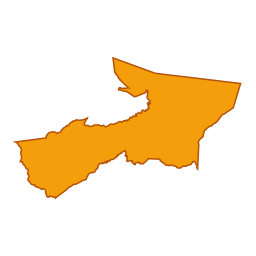 Cruzeiro do Sul, Acre, Brazil
{"feature_id": "56859067B30486301252359", "entity_name": "Cruzeiro do Sul", "entity_type": "district", "adm_level": 2, "iso_a3": "BRA", "parent_name": "Brazil", "parent_adm1": "Acre", "projection": "albers", "projection_center": [-72.817, -7.957], "detail": "fine", "context": "isolated", "style": "filled", "palette": "amber", "viewbox_px": 256, "rotation_deg": 0, "n_neighbors": 0, "source": "geoboundaries", "source_scale": "gbopen_adm2", "svg_char_len": 5909}
<svg xmlns="http://www.w3.org/2000/svg" viewBox="0 0 256 256"><path d="M240.6,83.5L155.2,73.3L113.0,57.9L114.7,71.9L114.8,72.4L115.4,72.8L115.7,73.2L115.7,74.3L116.4,74.7L117.0,74.7L117.6,75.7L117.6,76.1L118.3,77.2L118.1,77.6L118.4,78.0L119.5,79.0L119.8,79.5L120.2,79.7L120.0,80.0L121.0,80.8L128.5,87.9L127.6,87.8L125.9,88.4L124.8,88.2L122.9,88.4L120.5,88.1L120.3,87.7L119.4,87.8L118.8,88.3L118.5,89.3L118.5,89.8L127.0,91.7L134.1,96.6L134.9,96.7L135.4,96.7L145.9,92.5L146.2,91.8L146.2,90.5L146.5,90.2L147.0,90.0L147.4,90.3L147.7,91.0L147.7,93.7L147.1,96.9L147.1,97.8L147.7,98.4L148.0,99.2L148.5,99.7L149.6,100.4L150.0,101.0L150.0,101.6L149.8,101.9L149.2,102.3L148.6,102.3L148.0,102.5L147.6,103.1L148.2,103.3L150.2,103.0L150.4,103.5L149.2,104.4L148.2,104.5L147.8,104.8L148.4,105.8L148.3,106.8L148.5,107.4L148.9,107.9L148.7,108.3L147.9,108.8L147.7,109.6L147.2,109.9L146.1,109.7L145.8,110.1L145.9,110.7L145.7,111.2L145.3,111.3L143.0,110.2L142.5,110.1L141.5,111.5L141.6,112.7L141.3,113.1L139.3,113.0L138.8,112.6L138.4,112.6L137.9,113.4L135.7,114.2L135.3,114.6L136.4,115.3L136.7,115.9L136.2,116.4L135.5,116.2L134.4,116.6L133.2,116.0L132.7,116.2L132.6,117.0L132.3,117.5L131.1,117.7L131.0,117.3L130.5,117.4L129.6,118.1L129.0,119.9L127.6,119.9L127.1,120.2L127.0,120.7L126.8,121.0L126.2,120.9L125.9,120.4L124.6,120.7L124.1,120.6L123.6,120.8L122.9,121.6L121.9,122.2L120.9,121.6L120.3,121.8L119.6,121.6L117.7,122.4L116.8,123.0L115.9,123.3L114.7,123.8L114.4,124.2L112.9,124.3L111.2,124.0L110.7,124.1L107.8,125.9L106.5,126.5L106.0,126.7L105.3,126.7L104.6,126.3L103.8,125.4L103.2,125.3L101.9,125.8L101.3,125.9L100.6,125.7L100.1,125.6L99.4,125.4L99.0,124.9L98.4,124.8L97.8,125.1L96.3,124.9L95.2,125.1L94.2,125.1L93.7,125.2L93.1,126.2L91.2,126.2L89.9,126.6L89.5,126.5L88.3,125.5L87.6,125.3L86.7,125.6L84.3,124.8L84.2,124.1L84.3,123.5L84.7,122.3L85.4,121.9L85.7,120.3L86.2,119.6L87.1,118.8L87.3,118.5L87.4,118.0L86.9,118.3L86.5,118.7L86.0,118.9L85.3,118.9L84.6,119.3L82.1,120.1L80.2,120.1L78.9,120.3L77.9,120.2L76.9,119.8L76.4,119.8L76.0,120.0L75.8,120.4L72.9,121.1L72.7,121.7L72.2,122.1L71.6,122.1L71.1,122.2L70.8,122.6L69.5,123.8L68.3,125.5L67.9,125.9L66.8,125.5L66.4,125.8L65.0,127.4L63.9,127.7L63.4,128.2L63.4,128.7L62.9,128.8L62.1,129.6L61.2,130.5L60.8,131.8L60.4,132.1L57.8,132.8L56.7,133.5L56.2,133.2L55.8,132.5L55.3,132.2L53.6,131.8L52.2,131.8L49.1,132.7L48.2,133.4L47.5,134.6L47.1,134.8L46.6,135.2L46.4,136.3L46.1,136.8L46.2,137.4L46.2,137.9L15.4,142.0L16.3,142.4L17.5,143.3L18.0,143.9L18.7,145.5L20.4,147.0L21.6,150.4L21.0,151.4L20.8,153.0L20.9,154.6L21.5,156.0L21.6,157.1L21.4,159.0L20.6,160.6L20.2,161.7L22.1,161.9L22.6,162.3L22.7,162.8L23.0,163.2L23.1,164.3L23.4,164.8L24.5,165.1L24.9,165.6L25.3,167.0L25.9,168.1L27.6,169.3L28.1,170.2L28.2,171.2L27.7,172.6L27.6,173.6L28.0,174.5L28.7,175.3L29.0,176.1L28.4,178.1L28.0,178.9L28.1,180.5L29.1,181.2L29.4,181.9L29.9,182.3L30.8,183.7L32.3,184.8L34.9,185.0L34.9,185.9L35.3,186.6L36.7,186.9L38.6,187.5L39.3,187.9L40.1,188.2L40.5,188.7L41.9,189.4L43.5,188.7L44.7,189.2L45.5,190.3L45.6,192.4L47.1,196.8L48.1,197.1L48.8,196.9L49.5,196.1L49.9,196.7L50.3,196.4L51.0,196.3L52.3,196.6L53.4,197.3L55.0,196.8L55.5,197.4L55.5,198.1L58.2,195.8L66.8,189.5L67.8,188.2L68.5,187.8L69.1,187.0L69.7,186.9L70.1,186.5L70.9,186.5L71.4,186.3L72.8,184.8L73.4,184.5L75.9,184.2L78.9,182.7L80.6,181.7L81.6,181.3L82.6,180.5L84.2,179.9L85.8,179.7L86.2,179.4L87.1,176.7L87.9,175.7L88.2,174.6L88.8,173.8L89.1,173.5L90.9,172.7L92.7,172.7L93.6,172.3L94.1,172.3L94.7,171.8L96.4,169.2L97.6,168.3L97.9,167.5L98.0,165.7L99.5,163.8L100.4,163.5L101.4,163.5L103.0,162.8L103.1,163.2L103.4,162.8L103.9,162.6L104.2,162.9L104.9,162.0L106.2,162.3L106.2,162.9L106.6,162.9L106.7,162.3L107.3,162.4L107.4,162.0L107.4,161.6L107.1,161.1L107.8,160.8L109.2,161.3L109.2,160.9L110.3,160.5L110.2,160.0L110.6,159.8L111.4,159.5L112.2,159.5L113.8,159.0L114.3,158.3L115.4,157.8L116.1,157.0L116.4,157.1L116.6,156.7L117.2,156.3L117.1,156.0L117.5,155.7L117.3,155.2L117.9,155.1L118.1,155.4L118.8,154.9L118.9,154.0L119.9,153.9L120.4,153.7L120.6,153.3L121.2,153.3L122.2,152.1L123.9,151.5L124.3,151.0L125.0,150.5L125.4,150.9L125.8,152.4L125.9,153.9L125.3,155.3L125.3,155.9L125.7,156.3L126.9,155.8L127.3,156.1L126.9,156.7L127.1,157.9L126.9,158.5L127.0,159.8L126.8,161.0L127.3,161.4L128.1,161.3L129.6,160.8L132.0,160.8L132.4,161.0L132.5,161.5L132.1,162.1L132.0,162.6L132.3,162.8L132.9,162.9L133.3,163.2L133.8,164.0L134.5,164.6L135.0,164.6L135.4,164.3L135.5,163.4L135.8,162.9L136.3,162.5L136.8,162.5L137.2,162.7L138.2,162.5L138.6,162.7L138.9,162.5L139.4,162.5L139.7,162.8L139.7,163.3L139.9,163.7L140.3,163.5L140.7,163.3L141.9,163.9L143.2,163.8L148.6,158.7L157.8,159.1L158.3,159.0L159.0,159.0L159.7,159.7L160.5,160.1L160.6,160.5L160.4,160.9L161.3,161.5L161.7,161.9L162.5,162.2L162.7,162.7L164.0,163.2L164.3,163.7L164.8,164.0L165.5,164.9L165.9,165.2L167.0,165.3L167.7,165.2L168.1,165.4L169.2,165.6L171.3,165.0L172.2,165.1L173.3,165.8L174.7,166.1L175.3,166.1L176.2,166.6L176.8,167.4L177.3,167.8L178.8,168.0L180.6,168.0L181.1,167.6L181.7,166.9L182.0,166.7L182.5,166.7L183.4,166.0L185.6,166.3L186.8,165.7L188.3,165.3L189.2,164.8L190.4,164.7L190.9,164.5L191.7,163.5L192.3,162.5L193.1,161.5L193.6,161.7L194.3,161.4L195.1,161.8L195.3,162.2L195.3,162.6L195.9,163.8L195.9,164.2L197.2,166.4L196.8,167.8L197.6,168.9L198.8,144.0L198.3,142.5L198.4,141.6L198.6,141.2L199.3,140.5L200.3,138.7L201.1,138.2L201.8,137.4L202.3,137.4L203.1,136.4L203.3,135.1L203.2,134.7L203.2,134.3L203.9,133.0L204.3,130.7L206.0,129.6L206.3,129.2L206.4,128.7L207.2,128.1L208.0,127.5L209.0,126.6L210.1,126.3L211.0,125.8L211.9,125.7L212.2,125.4L212.8,124.5L214.0,123.4L215.3,123.1L215.8,122.8L216.5,121.8L217.2,121.4L217.6,121.1L218.3,119.9L218.7,119.6L218.7,119.2L219.1,118.8L219.6,117.7L220.3,117.5L221.2,115.9L221.6,115.7L221.7,115.3L222.0,115.0L223.3,114.2L223.8,114.2L224.9,113.6L225.2,113.2L233.2,107.9L240.6,83.5Z" fill="#f59e0b" stroke="#b45309" stroke-width="1.5"/></svg>